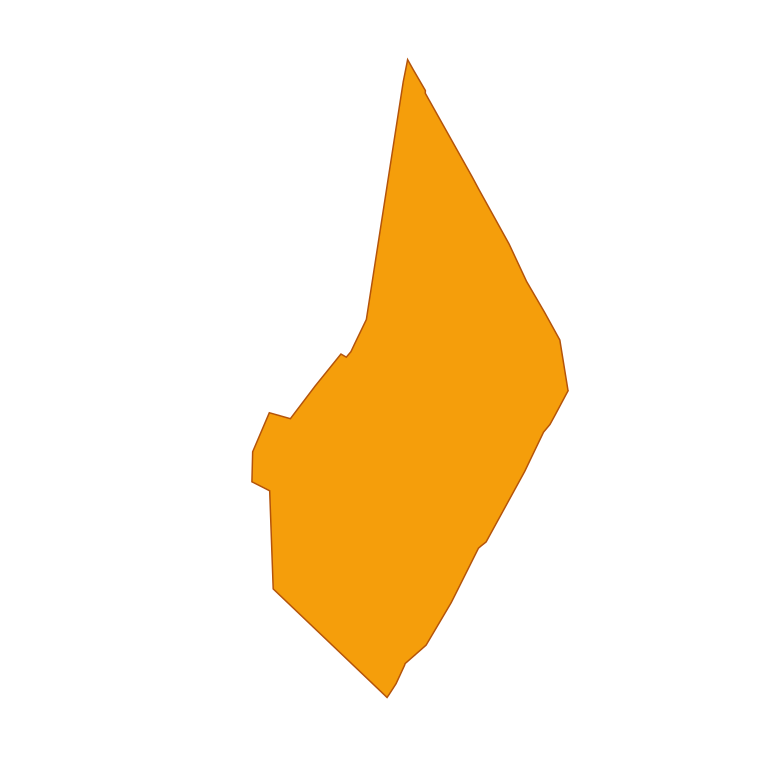 At Tadamon - BN, Blue Nile, Sudan, rotated 158°
{"feature_id": "16777658B66976297159843", "entity_name": "At Tadamon - BN", "entity_type": "district", "adm_level": 2, "iso_a3": "SDN", "parent_name": "Sudan", "parent_adm1": "Blue Nile", "projection": "equal_earth", "projection_center": [33.588, 11.572], "detail": "fine", "context": "isolated", "style": "filled", "palette": "amber", "viewbox_px": 768, "rotation_deg": 158, "n_neighbors": 0, "source": "geoboundaries", "source_scale": "gbopen_adm2", "svg_char_len": 745}
<svg xmlns="http://www.w3.org/2000/svg" viewBox="0 0 768 768"><g transform="rotate(158 384 384)"><path d="M215.8,308.8L215.6,310.3L215.4,310.9L204.5,358.9L208.3,390.4L213.4,425.7L215.6,467.0L223.1,528.4L224.7,543.2L236.8,638.1L235.7,640.6L239.2,664.9L240.6,675.9L244.3,670.2L252.9,657.1L319.3,545.8L376.2,450.4L395.9,432.5L402.5,426.4L408.9,423.0L412.7,427.9L448.3,408.1L483.8,386.9L501.1,400.3L531.2,370.3L543.1,342.8L530.0,327.8L563.5,235.5L521.7,143.3L505.4,107.3L498.6,92.2L495.3,94.4L485.1,101.6L470.3,115.5L469.1,116.9L442.8,126.1L403.6,156.1L397.1,161.8L357.9,196.4L354.6,197.5L348.5,199.3L286.2,250.3L275.5,260.1L254.1,279.6L245.3,284.3L237.6,290.6L217.9,307.1L215.8,308.8Z" fill="#f59e0b" stroke="#b45309" stroke-width="1.5"/></g></svg>